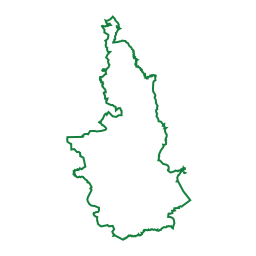 Jipijapa, Manabi, Ecuador, rotated 179°
{"feature_id": "8360857B19905531919728", "entity_name": "Jipijapa", "entity_type": "district", "adm_level": 2, "iso_a3": "ECU", "parent_name": "Ecuador", "parent_adm1": "Manabi", "projection": "mercator", "projection_center": [-80.604, -1.518], "detail": "fine", "context": "isolated", "style": "outline", "palette": "green", "viewbox_px": 256, "rotation_deg": 179, "n_neighbors": 0, "source": "geoboundaries", "source_scale": "gbopen_adm2", "svg_char_len": 5828}
<svg xmlns="http://www.w3.org/2000/svg" viewBox="0 0 256 256"><g transform="rotate(179 128 128)"><path d="M157.0,30.2L155.4,30.2L150.1,31.3L148.7,30.0L145.0,30.4L143.6,27.1L145.5,24.6L144.9,22.8L143.8,21.9L144.4,20.5L143.0,20.8L134.9,16.4L133.9,17.0L133.5,17.7L132.5,17.5L131.7,18.5L131.2,18.4L130.4,19.3L129.5,19.6L129.7,20.0L129.1,20.5L128.7,20.2L127.7,20.6L127.4,20.2L126.0,20.2L125.9,19.8L125.4,20.1L124.1,19.5L123.1,20.0L122.3,19.6L121.7,20.2L120.2,20.5L119.7,21.2L119.6,20.7L118.6,20.4L118.0,21.0L117.1,20.6L115.9,21.7L116.1,22.4L115.7,22.2L115.4,23.1L114.1,24.1L114.1,25.0L113.5,25.0L113.6,25.7L112.6,25.9L110.1,25.4L109.4,26.0L109.3,25.6L107.8,25.5L106.8,26.0L106.1,27.0L106.2,26.1L105.3,26.3L104.4,25.7L103.4,26.1L101.3,25.3L100.6,25.7L100.7,25.0L99.0,24.7L98.3,25.4L96.7,25.7L96.2,26.8L94.0,28.2L92.1,28.0L91.4,28.2L90.8,29.1L89.9,28.8L89.0,29.3L87.2,28.7L86.6,29.1L85.5,27.4L85.2,27.6L84.8,27.1L84.4,29.3L83.3,31.8L83.8,35.4L84.3,36.5L85.4,37.5L87.7,38.4L89.4,38.4L89.1,41.3L88.6,41.8L87.5,41.5L85.1,42.2L85.3,44.5L84.1,44.3L82.5,44.7L83.3,45.9L83.0,47.0L78.5,47.1L78.7,48.0L77.6,48.6L76.9,48.8L75.9,48.4L67.0,54.8L73.8,63.8L79.0,74.1L80.6,73.7L81.1,74.1L80.6,73.7L79.2,74.4L79.6,77.5L78.5,80.1L77.7,80.3L76.2,82.8L74.9,84.0L74.4,84.0L74.2,85.0L73.4,85.0L72.8,85.7L71.8,86.0L71.9,86.8L72.8,86.8L73.2,87.4L73.4,86.5L74.7,86.3L74.9,85.7L76.1,85.5L76.6,84.6L78.4,84.5L78.8,84.0L79.3,84.4L80.9,84.3L81.2,84.6L83.6,83.4L86.2,82.8L88.5,84.4L88.8,85.6L88.1,85.9L88.0,88.3L88.8,89.7L90.4,90.7L93.4,91.4L96.6,94.9L98.2,95.2L97.6,97.0L97.7,98.7L97.2,99.2L97.6,100.4L95.7,104.8L93.0,108.4L92.7,109.2L93.1,110.6L92.1,110.3L90.3,111.3L90.1,113.0L90.8,115.2L90.6,116.0L90.2,115.9L90.4,116.9L89.5,118.7L89.4,120.7L90.5,122.3L91.2,124.9L90.8,126.4L89.9,127.3L91.5,127.2L91.0,127.8L91.6,128.8L93.1,129.5L92.9,129.8L92.2,129.7L92.8,129.9L92.7,130.5L91.8,130.1L91.7,131.1L92.2,130.8L93.0,131.1L94.9,133.7L97.3,134.2L97.6,136.5L99.3,139.2L98.6,142.0L99.3,142.7L99.7,144.5L99.5,145.5L98.4,146.3L98.6,148.1L98.0,149.5L99.6,152.5L99.7,155.3L100.9,158.3L100.1,159.6L100.2,160.8L102.1,163.8L102.4,166.2L101.9,173.2L101.4,174.3L99.7,175.3L100.0,177.3L99.3,179.8L99.8,180.1L100.3,179.5L101.3,180.5L102.2,180.5L102.6,179.8L103.7,180.4L104.2,180.2L104.1,179.4L105.0,179.8L105.3,179.0L107.2,178.8L107.4,177.2L108.4,177.2L108.9,177.9L109.7,178.0L109.3,178.5L110.3,179.5L110.0,179.6L110.3,180.0L109.9,180.4L110.0,181.3L110.6,181.1L110.5,181.9L111.2,181.9L112.4,183.9L113.0,184.1L113.1,185.0L113.7,185.4L113.1,185.8L113.2,186.2L114.0,186.8L114.4,186.6L114.7,187.8L115.6,188.0L116.6,189.3L117.1,188.9L117.6,189.5L118.4,189.2L118.4,189.9L119.4,190.8L119.5,191.4L118.6,191.2L118.6,192.5L119.0,193.2L118.6,193.6L118.9,194.0L118.4,194.6L118.6,195.0L118.0,195.4L118.4,195.7L117.9,196.0L118.4,196.1L118.1,196.6L118.4,197.0L119.4,197.2L119.6,197.8L120.3,197.8L120.0,198.5L121.1,198.5L121.3,199.5L120.4,199.8L121.3,201.3L120.6,201.9L121.1,203.0L120.9,203.7L121.4,203.9L121.4,204.4L121.0,204.4L121.3,205.7L122.6,206.7L123.3,208.4L125.2,210.0L126.6,212.9L128.3,213.7L128.9,214.9L132.4,215.5L133.5,214.8L135.2,214.7L136.2,214.2L141.3,213.7L141.2,214.2L140.3,214.4L140.2,216.4L139.8,216.3L139.2,217.0L139.4,219.8L138.3,221.8L138.4,223.2L138.0,223.3L136.3,226.4L134.3,227.5L137.3,228.6L137.4,229.9L135.4,229.5L135.7,230.4L135.4,231.3L136.4,233.4L138.7,235.7L139.2,237.3L141.3,239.6L143.5,237.2L145.1,236.3L147.7,235.4L148.5,235.8L147.8,233.5L146.2,232.4L144.5,232.7L143.5,231.3L144.7,231.3L145.8,230.7L146.2,231.0L146.4,230.6L147.1,230.9L147.1,230.3L148.3,230.4L148.8,229.9L151.9,230.6L152.3,230.3L149.7,226.4L150.0,224.0L146.0,221.5L146.2,218.8L147.0,217.1L149.2,215.7L148.4,214.5L148.4,212.4L148.9,211.6L148.6,209.5L147.3,208.5L147.6,206.9L147.0,204.9L146.6,204.5L144.6,204.4L147.2,201.7L148.6,199.0L146.2,196.2L146.9,194.8L146.2,192.3L145.5,191.8L145.9,190.2L146.4,189.0L147.6,188.2L148.3,187.1L152.0,187.2L152.7,185.9L152.1,185.5L149.1,185.7L149.3,184.4L148.9,182.4L150.0,182.1L152.5,179.7L154.9,179.5L155.1,178.6L154.6,178.4L155.2,177.8L155.2,177.2L154.5,177.2L154.2,176.7L154.8,176.6L154.9,176.1L154.2,175.3L154.1,174.4L153.7,174.4L153.7,174.0L152.7,174.1L152.8,173.7L152.2,173.3L152.5,172.9L152.2,172.2L153.1,171.4L152.8,169.9L152.3,169.8L152.0,168.8L150.2,167.0L149.6,164.9L149.7,164.0L151.0,164.2L151.7,163.5L151.0,161.6L150.4,161.0L150.4,157.8L150.2,157.5L148.0,157.8L148.5,156.2L149.4,155.2L149.1,153.4L144.5,151.2L143.0,151.3L141.6,149.9L140.3,149.6L139.9,149.0L139.8,145.8L137.2,148.0L135.4,147.9L134.8,145.8L134.1,145.3L134.2,140.9L137.2,140.9L139.5,139.3L143.0,139.9L147.2,144.3L149.0,141.6L149.8,142.8L151.2,141.7L153.0,137.6L154.1,136.7L154.9,135.0L156.4,134.7L156.8,134.2L154.7,132.9L153.8,131.3L152.7,131.1L150.2,128.7L149.8,127.7L150.5,126.6L154.4,125.6L159.2,125.1L161.4,125.6L166.0,125.6L168.0,122.4L169.0,122.8L171.8,122.6L172.9,121.6L172.9,120.6L173.7,120.8L173.8,119.9L188.7,119.9L189.0,118.0L188.8,115.3L186.1,113.4L185.1,113.1L185.0,107.4L182.2,107.9L179.5,104.9L177.6,104.9L176.3,103.9L176.5,102.7L175.9,101.5L176.2,100.7L173.1,99.1L171.3,90.1L173.5,88.9L174.7,87.7L175.3,87.6L176.8,88.6L177.5,87.3L178.0,87.1L178.6,87.5L178.7,87.0L179.5,87.3L179.7,86.8L180.8,86.9L181.7,86.2L181.9,86.4L182.0,85.9L183.0,86.0L183.0,84.2L182.7,83.8L182.4,84.0L182.2,83.4L183.2,82.8L182.3,81.7L181.8,81.8L181.9,81.2L181.0,81.0L180.3,80.0L179.1,79.5L177.3,80.2L176.4,79.6L175.2,80.2L173.8,79.9L171.9,77.6L169.7,76.1L169.6,75.2L169.0,74.8L169.3,74.3L167.6,73.7L165.4,69.5L166.7,68.1L165.7,67.2L165.6,66.4L169.3,59.5L169.9,57.2L169.6,55.7L168.1,52.8L166.5,51.4L164.9,50.8L162.9,50.7L158.4,48.7L158.5,46.1L158.9,45.1L159.5,44.5L161.6,44.4L162.9,43.6L163.6,43.7L164.0,42.4L163.2,41.0L161.2,39.7L160.4,39.6L160.5,35.8L160.0,35.0L159.8,32.7L157.0,30.2ZM72.8,82.4L72.5,81.9L71.7,82.2L72.6,82.7L72.8,82.4Z" fill="none" stroke="#15803d" stroke-width="2"/></g></svg>